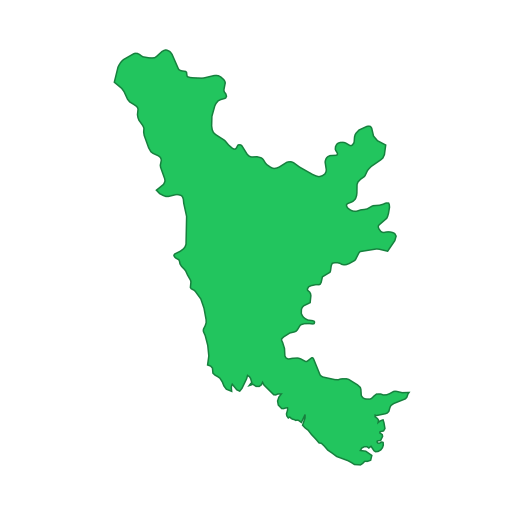 outline of P'yŏngan-namdo, rotated 286°
{"feature_id": "PRK-3313", "entity_name": "P'yŏngan-namdo", "entity_type": "Province", "adm_level": 1, "iso_a3": "PRK", "parent_name": "North Korea", "parent_adm1": "", "projection": "albers", "projection_center": [126.179, 39.498], "detail": "fine", "context": "isolated", "style": "filled", "palette": "green", "viewbox_px": 512, "rotation_deg": 286, "n_neighbors": 0, "source": "natural_earth", "source_scale": "10m", "svg_char_len": 6134}
<svg xmlns="http://www.w3.org/2000/svg" viewBox="0 0 512 512"><g transform="rotate(286 256 256)"><path d="M167.0,440.7L165.2,440.1L161.8,439.9L159.9,439.0L152.2,429.1L149.5,426.9L147.3,426.5L143.2,426.5L141.2,425.4L140.1,423.9L135.8,415.7L135.9,414.4L134.3,414.8L133.2,417.5L131.9,419.1L129.5,419.3L131.1,420.4L132.4,421.7L133.5,423.3L130.9,425.0L125.7,427.5L123.0,426.8L121.3,423.7L120.1,423.7L119.1,426.6L117.5,427.4L112.9,426.6L112.2,424.7L111.6,423.6L110.6,423.6L109.7,424.9L110.1,426.3L111.9,428.2L111.8,429.6L109.3,430.5L106.6,430.4L104.0,429.4L101.8,427.3L100.8,424.9L101.4,423.0L104.8,419.0L102.5,417.4L103.3,415.3L102.5,412.7L100.5,410.6L97.8,409.9L98.6,415.3L96.2,422.3L91.3,422.5L89.3,419.7L88.6,417.1L86.0,415.7L84.0,414.0L82.7,408.1L83.8,404.4L84.6,400.8L85.5,388.8L87.5,383.6L89.2,378.5L92.1,374.1L94.0,370.5L93.7,368.1L96.0,364.7L99.7,358.5L102.9,354.2L104.3,350.6L106.2,347.4L113.9,347.8L117.2,346.9L108.5,345.5L109.7,342.2L109.6,340.7L108.9,339.5L109.3,338.0L109.2,336.2L109.5,334.6L110.2,333.6L110.4,332.8L109.2,331.7L110.8,329.7L112.6,328.8L116.9,328.8L118.8,328.1L118.2,326.6L116.9,324.6L116.4,322.8L118.9,318.5L122.6,316.7L126.7,316.9L130.4,318.4L129.4,315.0L127.9,313.3L127.5,311.3L134.1,299.3L136.4,297.1L133.7,296.7L131.5,295.0L130.7,292.0L131.9,288.2L131.1,287.4L129.6,285.2L132.0,286.1L133.0,286.9L136.6,284.7L138.1,283.1L138.9,280.8L135.4,280.8L124.9,279.0L121.6,277.6L122.1,274.4L126.2,268.5L124.3,268.3L122.5,268.6L119.2,269.9L119.8,264.2L122.3,260.9L125.6,258.4L128.6,255.0L129.5,252.4L130.2,249.4L131.5,246.9L136.3,245.0L137.7,242.7L137.9,239.5L146.9,238.2L156.7,234.3L165.4,229.2L168.9,226.3L170.2,225.8L171.5,225.7L175.1,226.4L178.1,226.5L181.0,225.6L191.5,220.4L199.5,214.8L205.2,207.5L206.0,206.0L206.7,202.7L207.7,201.6L213.1,200.6L214.6,199.8L218.9,195.4L222.2,192.6L223.5,190.8L225.5,187.3L227.5,185.1L229.7,184.0L231.1,182.9L231.9,179.5L232.5,178.3L233.7,177.0L234.7,177.0L235.6,177.4L239.7,181.9L243.0,184.4L245.4,185.3L248.0,185.5L274.9,178.4L286.8,172.0L290.6,170.5L292.3,169.3L293.3,168.1L293.6,166.9L293.5,164.2L293.2,162.9L292.6,161.5L289.1,155.4L288.4,152.9L288.6,150.2L289.4,146.2L291.8,142.1L299.1,147.2L300.3,147.6L302.9,147.9L305.0,147.0L314.9,139.9L316.9,139.0L321.9,138.6L323.1,138.0L324.4,136.9L325.4,134.6L326.3,128.7L327.2,126.3L330.4,123.0L341.1,115.3L344.1,113.9L347.8,113.1L349.1,112.2L350.5,110.8L354.2,106.1L356.5,104.4L359.2,103.1L364.4,102.2L365.7,101.5L366.9,100.0L367.9,97.1L369.3,92.1L371.3,89.3L377.6,83.9L380.1,80.7L384.0,71.9L399.4,71.3L401.7,71.7L404.8,72.6L407.1,73.7L408.5,74.7L416.6,82.6L417.5,83.9L418.0,86.1L417.6,88.5L416.7,90.8L416.3,92.5L417.0,98.7L417.8,101.8L418.7,104.0L420.4,105.4L426.7,109.3L428.3,111.0L429.2,112.5L429.3,113.8L428.9,116.4L428.4,117.5L426.7,119.7L414.5,129.8L413.8,130.8L413.5,132.1L413.5,133.7L414.0,137.5L413.4,138.6L410.1,140.0L409.4,141.0L409.4,143.4L409.9,146.3L412.0,154.9L412.8,156.9L417.9,166.0L418.6,168.0L418.9,170.3L418.3,173.0L416.7,176.3L415.9,177.3L415.0,178.1L413.9,178.7L407.1,179.3L405.9,179.7L404.9,180.4L403.5,182.3L401.4,183.6L399.6,183.3L398.9,182.6L396.6,178.9L394.8,176.9L391.6,175.5L389.0,175.0L378.1,175.1L368.8,177.5L365.3,179.1L363.1,180.9L362.2,182.4L361.4,184.3L358.6,193.6L358.0,194.8L355.2,198.9L353.0,203.6L352.7,205.4L353.2,206.7L354.2,207.3L357.6,208.1L358.1,208.7L358.5,210.1L358.4,211.3L357.9,212.2L351.4,219.4L350.2,221.6L349.9,223.3L350.0,224.7L351.7,229.6L351.8,233.8L351.3,235.4L350.4,236.7L348.1,239.2L346.8,241.2L345.4,245.3L345.0,247.5L345.1,249.3L346.2,251.6L347.9,253.8L354.5,259.7L355.4,261.2L356.2,263.5L356.2,265.1L356.0,266.5L353.5,273.3L350.0,287.7L349.5,291.5L349.5,294.1L349.9,295.3L351.5,297.7L353.8,299.6L356.3,300.1L358.3,299.8L365.0,296.7L366.3,296.4L368.7,296.5L370.0,296.9L371.3,297.7L372.9,299.5L374.9,305.3L375.6,306.1L376.6,306.2L377.6,305.6L379.4,303.6L380.5,302.8L383.0,302.3L385.5,302.8L386.6,303.4L387.6,304.5L388.5,306.0L389.2,308.3L389.4,310.0L389.2,311.5L388.1,315.8L388.3,317.0L389.2,318.0L391.6,318.9L392.8,318.9L397.6,317.9L400.1,317.9L401.8,318.4L405.5,320.3L411.0,326.7L411.7,328.0L412.1,329.9L411.6,331.0L410.7,332.0L403.7,335.9L400.3,341.0L398.4,350.1L388.8,351.5L385.1,350.9L382.8,349.4L373.9,342.1L371.4,340.7L368.9,339.6L363.5,338.7L362.3,338.3L358.5,335.3L355.2,333.6L352.6,333.4L344.4,335.6L341.9,336.0L339.1,335.9L337.8,335.6L335.4,334.2L334.4,333.2L331.7,329.7L330.5,328.9L329.1,329.2L327.5,330.7L326.4,333.4L326.0,335.3L325.9,337.0L326.4,339.4L326.9,340.6L329.2,344.0L330.7,347.6L331.9,349.9L335.9,353.8L336.7,354.9L338.8,360.7L340.9,364.1L342.3,365.7L342.9,366.8L343.4,368.9L342.2,369.9L339.7,370.9L333.5,371.6L330.6,371.6L328.4,371.3L319.9,365.8L318.7,365.3L317.4,365.6L316.0,366.6L314.0,369.2L313.6,370.9L313.8,372.4L314.9,374.5L315.7,376.6L316.1,378.6L316.2,380.9L316.0,382.4L315.6,383.4L313.7,385.2L309.0,385.2L296.9,381.2L296.5,372.5L296.0,369.9L289.5,356.0L288.8,354.7L287.1,354.0L279.8,352.6L278.7,351.9L274.4,347.6L272.5,345.0L271.8,343.0L271.6,340.9L272.1,338.8L272.0,336.1L271.1,333.2L270.0,331.3L267.4,331.0L262.2,331.7L260.8,331.6L254.3,325.6L248.6,325.9L246.5,325.4L245.8,324.5L244.9,321.3L242.6,317.0L240.9,315.1L238.5,314.5L237.3,315.0L236.1,317.5L234.8,318.8L232.9,319.7L226.1,320.9L221.3,315.6L220.0,314.9L218.8,314.5L217.1,314.4L213.2,315.4L211.3,317.1L210.2,318.5L209.3,320.6L208.7,323.6L209.4,327.9L209.3,329.8L208.6,330.5L207.1,330.5L206.8,330.2L206.3,329.1L205.8,326.0L204.3,321.2L202.6,318.5L201.5,317.5L196.4,316.1L194.7,315.2L193.6,313.8L191.3,309.7L186.0,305.0L183.5,303.5L181.9,303.9L180.1,305.5L174.9,308.9L167.9,311.3L166.4,312.8L166.1,313.5L165.9,315.7L167.6,319.0L169.3,323.8L169.5,325.3L169.4,327.4L168.3,332.5L168.4,333.4L168.9,334.2L173.4,337.5L173.7,338.0L173.7,338.7L172.8,339.8L159.4,350.3L158.5,351.9L158.1,353.7L158.9,365.9L159.7,369.2L160.9,370.9L161.8,373.0L162.9,376.8L162.9,379.2L160.1,389.1L158.4,392.5L156.6,393.6L151.3,395.5L150.4,396.1L149.1,398.0L148.8,399.4L148.8,401.0L149.7,404.6L150.5,405.9L151.7,406.8L153.9,408.0L156.5,409.9L157.7,413.9L157.5,416.7L158.6,419.9L160.5,422.4L163.7,425.6L164.3,426.9L164.6,428.5L164.9,434.2L167.0,440.7Z" fill="#22c55e" stroke="#15803d" stroke-width="1.5"/></g></svg>